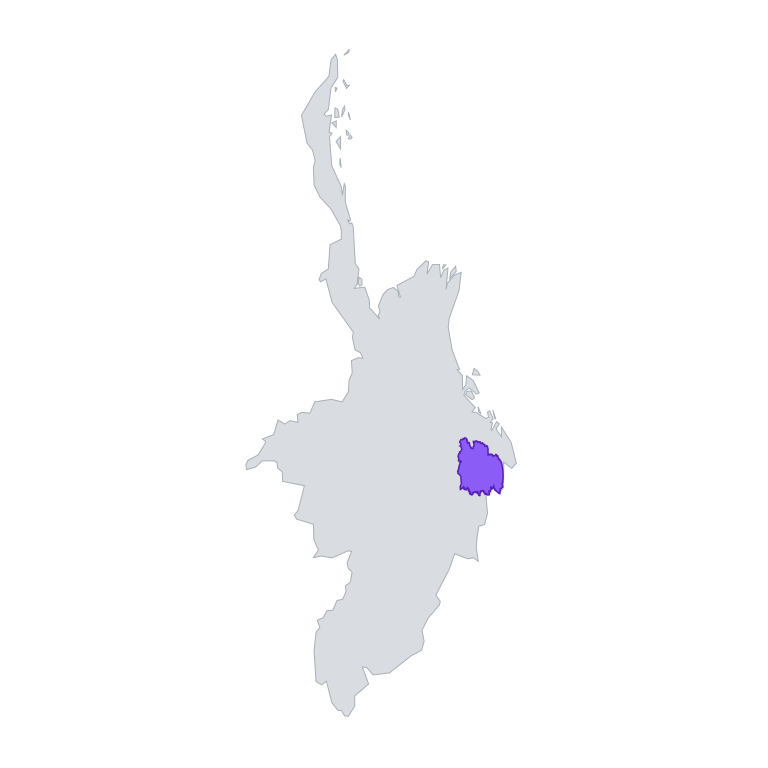 location of Mindat, Chin, Myanmar, rotated 182°
{"feature_id": "60261553B42580025975984", "entity_name": "Mindat", "entity_type": "district", "adm_level": 2, "iso_a3": "MMR", "parent_name": "Myanmar", "parent_adm1": "Chin", "projection": "natural_earth1", "projection_center": [93.412, 21.435], "detail": "fine", "context": "in_parent", "style": "filled", "palette": "violet", "viewbox_px": 768, "rotation_deg": 182, "n_neighbors": 0, "source": "geoboundaries", "source_scale": "gbopen_adm2", "svg_char_len": 9634}
<svg xmlns="http://www.w3.org/2000/svg" viewBox="0 0 768 768"><g transform="rotate(182 384 384)"><path d="M488.7,344.4L481.7,340.5L476.6,344.1L468.7,342.7L469.6,350.3L465.1,352.9L457.1,352.2L452.5,363.8L436.0,366.8L425.2,364.7L419.3,375.0L419.0,386.8L416.1,393.9L417.4,406.2L410.4,409.5L406.1,408.8L408.5,414.4L414.0,416.9L417.3,429.6L416.4,434.5L438.8,463.9L445.7,487.0L451.0,483.9L452.6,486.2L450.5,492.3L443.7,497.0L442.8,521.4L431.7,527.3L432.0,535.4L433.4,541.2L443.4,557.4L454.5,568.5L460.8,580.4L462.1,597.7L460.6,604.9L463.6,615.3L469.3,622.1L475.9,649.5L463.0,673.6L449.8,689.5L448.2,706.3L443.9,711.8L441.9,706.5L440.9,688.9L447.3,677.8L449.2,656.3L453.3,651.7L451.1,649.6L445.9,651.0L447.7,633.6L444.7,632.9L447.1,629.2L443.8,600.2L433.6,579.8L432.2,571.0L430.7,582.9L429.5,580.5L429.1,564.5L423.2,547.0L423.8,545.4L426.5,547.0L424.0,543.0L421.9,543.9L420.2,539.6L416.9,503.3L413.0,498.1L414.4,482.4L417.2,478.5L406.6,480.1L401.5,466.9L401.1,459.6L390.5,448.7L392.3,452.2L390.5,455.8L392.3,461.9L388.0,473.4L383.7,478.6L377.9,480.8L373.3,477.5L372.3,471.4L370.5,471.3L374.6,482.9L357.6,492.8L355.1,499.6L346.3,508.7L343.6,507.5L344.9,495.3L339.8,505.0L332.7,505.3L331.1,492.3L328.2,499.8L324.1,502.2L325.3,480.5L324.2,486.8L317.4,495.4L310.8,498.2L312.2,480.3L321.1,452.0L321.8,442.7L317.0,420.1L309.0,401.1L311.3,400.8L306.0,395.3L305.2,381.2L302.1,386.3L301.7,395.1L294.9,390.5L288.5,378.3L291.1,377.1L298.6,383.0L302.7,379.7L303.8,375.7L292.1,363.7L295.0,358.9L291.2,359.0L281.2,353.2L278.3,354.3L279.6,359.4L277.5,360.8L273.7,353.0L276.5,349.2L274.1,349.1L275.6,342.2L274.7,341.2L270.1,350.3L267.3,348.1L270.3,343.5L269.1,340.9L264.8,335.5L265.2,345.1L254.9,330.0L248.9,309.4L253.5,304.1L261.6,310.2L260.9,284.9L264.3,279.4L272.6,283.9L275.0,277.5L278.2,275.8L276.0,258.3L278.6,247.1L284.2,245.2L285.4,236.1L286.2,223.8L283.5,210.1L288.5,213.4L294.2,212.2L307.5,216.8L312.4,200.9L324.8,174.8L320.2,168.8L320.9,165.1L331.8,151.4L337.4,139.2L334.9,128.2L337.2,119.2L347.1,113.5L368.6,95.4L384.7,92.9L391.3,100.0L395.8,100.6L388.9,83.7L402.4,71.1L402.0,61.1L408.2,50.6L411.8,51.0L415.1,56.1L418.6,56.1L425.0,63.8L431.2,85.0L435.7,81.2L441.6,84.2L444.6,115.6L443.2,133.9L439.6,138.1L442.5,145.6L436.8,148.2L433.0,155.5L427.3,156.0L423.4,166.0L417.7,167.5L414.7,175.3L415.4,181.2L410.8,184.6L409.3,194.8L413.4,198.8L414.7,204.2L410.5,215.6L414.2,216.0L429.9,208.4L441.0,209.9L448.5,208.0L443.8,215.8L448.6,225.9L449.7,241.4L466.4,245.8L469.1,249.7L465.5,254.5L460.0,279.6L481.9,283.1L482.7,292.7L487.4,296.2L488.1,301.6L491.0,303.3L502.8,303.0L509.6,296.4L518.5,293.6L519.1,299.1L517.1,303.1L507.4,308.7L500.9,320.2L500.5,322.7L503.6,324.9L492.4,329.6L488.7,344.4ZM295.2,371.5L302.2,376.2L300.9,379.6L296.5,379.9L293.1,373.8L295.2,371.5ZM435.8,617.5L440.4,624.8L436.0,629.7L435.8,617.5ZM294.5,402.8L290.8,400.1L288.4,396.2L296.1,396.3L294.5,402.8ZM442.5,648.6L442.7,658.2L439.8,657.1L438.0,649.1L442.5,648.6ZM321.2,498.1L316.5,504.2L315.8,499.0L322.2,491.5L321.2,498.1ZM412.7,489.8L409.8,487.9L409.4,482.3L411.6,480.8L413.4,483.5L412.7,489.8ZM433.3,660.3L432.6,657.1L435.6,649.4L435.2,656.2L433.3,660.3ZM431.7,678.1L435.6,685.2L434.9,686.7L431.3,681.0L429.0,681.4L431.7,678.1ZM445.1,643.2L440.9,645.3L440.7,638.7L445.1,643.2ZM435.6,711.2L430.3,717.4L431.0,714.0L435.6,711.2ZM272.4,354.1L274.3,361.8L271.0,352.6L272.4,354.1ZM435.9,602.4L435.7,608.3L434.3,598.8L435.9,602.4ZM288.5,359.6L289.1,364.5L286.1,357.5L288.5,359.6ZM430.6,636.3L427.5,633.4L428.6,631.3L430.1,631.7L430.6,636.3ZM428.4,627.8L426.4,631.7L424.5,629.3L426.1,627.6L428.4,627.8ZM428.9,651.2L429.0,654.6L426.8,646.7L428.9,651.2ZM328.5,505.3L326.3,505.1L329.2,501.2L329.5,502.7L328.5,505.3ZM443.2,678.7L441.2,678.1L442.7,674.3L443.2,678.7Z" fill="#d9dde1" stroke="#a8b0b8" stroke-width="1"/><path d="M278.4,277.4L278.1,277.8L277.4,277.8L277.0,276.9L276.5,277.0L276.3,276.9L275.7,276.8L275.0,276.9L274.8,277.1L274.9,277.4L275.1,277.9L274.8,278.8L275.2,279.6L275.4,280.6L274.3,280.5L273.8,280.3L273.8,280.5L274.0,280.8L273.8,281.2L273.9,281.6L273.7,281.7L273.5,282.6L273.8,283.4L273.8,284.5L273.6,284.8L273.0,284.7L273.0,284.2L272.7,283.7L272.4,282.9L272.2,282.9L271.9,283.4L271.6,283.6L271.7,283.9L271.5,284.2L271.3,284.3L271.2,284.7L271.0,284.9L271.1,285.3L270.8,286.2L270.7,286.0L270.7,285.3L270.4,283.6L270.1,283.6L269.8,283.2L269.6,283.1L269.6,282.5L269.7,282.1L269.6,281.9L269.2,281.7L268.9,281.8L268.8,281.6L268.6,281.4L268.2,281.4L268.2,281.0L267.9,280.7L267.0,280.2L266.3,279.5L265.7,279.3L265.5,278.7L265.0,278.8L264.9,278.6L264.7,278.7L264.6,278.9L264.5,279.2L264.4,279.1L264.4,281.5L264.3,280.3L264.1,280.4L264.2,282.6L264.1,283.6L263.8,283.7L263.2,283.5L262.6,284.6L261.8,285.1L262.0,285.7L262.0,286.0L262.0,286.6L262.2,286.9L262.6,288.6L262.6,289.0L262.2,289.1L262.0,289.5L262.1,290.1L262.2,290.4L261.9,290.6L261.9,292.3L261.7,294.8L261.8,295.2L261.7,296.6L261.9,297.6L261.9,298.7L262.1,300.0L262.2,301.5L262.4,302.4L262.3,302.8L262.4,303.3L262.8,304.6L262.9,305.6L263.1,306.1L263.2,307.1L263.3,307.5L263.5,308.5L264.0,309.3L264.0,309.7L264.2,309.8L264.4,310.7L264.9,310.8L265.2,311.6L265.4,311.7L265.7,312.8L266.1,313.0L266.2,312.5L266.5,312.5L266.7,313.0L267.1,313.1L267.1,314.2L267.6,314.8L267.5,315.4L267.9,316.3L268.0,316.5L268.8,316.5L268.9,316.1L269.2,316.4L269.1,316.7L269.3,317.3L269.6,317.3L269.7,317.5L269.8,317.5L269.8,317.1L270.9,316.2L271.2,315.8L271.4,315.8L271.8,316.2L272.0,315.9L272.4,316.0L272.6,315.8L272.7,316.2L273.2,316.4L273.3,317.1L273.5,317.0L273.8,317.4L274.7,317.1L275.1,317.7L275.6,317.4L276.0,317.4L276.0,316.9L276.9,317.0L277.4,316.7L277.6,316.7L277.6,317.2L277.4,317.4L277.3,317.9L277.7,319.0L277.6,319.5L277.8,319.8L277.7,320.3L277.9,320.5L277.9,321.0L277.7,321.3L277.6,321.7L277.7,322.0L277.7,322.4L278.0,323.1L277.9,323.4L278.1,323.6L278.2,324.0L278.4,324.2L278.3,324.8L278.5,325.5L279.1,325.9L279.4,325.8L279.9,325.2L280.3,325.4L280.7,325.8L281.3,325.5L281.3,325.8L281.1,326.0L281.0,326.7L281.4,326.9L282.0,327.4L282.3,327.3L282.6,327.4L282.8,327.3L283.0,327.4L283.2,327.7L283.2,328.0L283.3,328.5L283.6,328.6L283.8,328.2L284.0,328.1L284.4,328.4L284.9,328.3L285.4,328.1L285.6,328.5L285.7,329.4L285.9,329.5L286.4,329.1L286.6,329.4L286.8,329.4L286.8,329.2L287.2,329.2L287.5,329.7L287.9,329.5L288.0,329.1L288.3,329.1L288.6,329.2L288.6,329.5L288.8,329.5L288.9,329.9L289.3,330.3L290.3,330.2L290.3,329.9L290.6,329.4L291.6,329.8L292.7,329.8L292.7,329.4L292.5,329.1L292.6,328.8L292.4,328.2L292.2,328.2L292.2,327.8L291.8,327.7L291.8,327.4L291.9,326.7L292.0,326.4L292.0,326.0L291.7,325.4L291.9,325.2L292.2,325.1L292.6,324.7L292.6,323.2L292.7,322.8L293.0,322.6L293.8,322.6L293.9,322.8L294.6,322.8L294.6,323.3L294.9,323.4L295.0,323.7L295.0,323.9L295.4,324.3L295.4,324.6L295.8,324.9L296.1,325.5L296.2,326.7L296.3,327.0L296.6,327.1L296.8,327.8L296.7,328.3L297.0,328.3L298.0,327.8L298.5,328.0L298.6,328.4L298.5,328.9L298.7,329.0L298.6,329.5L298.9,329.4L299.1,329.7L299.3,330.2L299.0,330.8L299.0,331.1L299.8,332.0L299.7,332.4L300.4,332.7L300.7,332.7L300.8,332.5L301.2,332.4L301.4,332.5L301.5,332.8L301.8,332.5L301.8,332.2L301.8,332.3L302.1,332.0L302.4,332.2L302.6,332.2L302.4,331.9L302.6,331.8L303.2,331.8L303.4,331.6L303.3,331.4L303.5,331.3L304.1,331.2L304.4,331.2L304.9,331.0L305.2,331.1L306.4,328.7L306.2,328.3L305.4,327.3L305.1,326.8L305.0,326.1L305.3,325.5L305.8,325.0L305.6,325.0L305.2,324.5L305.1,324.0L304.7,323.9L304.3,322.7L304.2,321.9L303.9,321.3L305.1,319.4L306.1,318.7L305.4,317.8L305.4,317.5L306.4,317.3L306.7,316.9L306.8,316.3L307.2,315.9L307.4,313.9L307.1,313.7L307.0,312.7L306.6,312.3L306.8,310.4L306.9,310.1L306.6,309.9L305.4,309.7L304.9,309.9L304.5,309.8L304.0,309.2L304.4,308.7L304.6,308.7L304.8,308.3L305.2,307.9L305.5,308.0L305.2,307.4L305.2,307.2L305.8,305.8L306.2,303.9L306.4,303.4L306.3,302.8L306.1,302.7L306.5,301.9L306.5,301.6L306.8,301.0L306.6,300.3L306.7,299.9L307.0,299.7L307.3,299.4L307.4,299.2L307.3,298.8L306.9,298.3L306.8,297.3L306.9,297.1L305.0,295.8L304.0,294.1L303.2,286.8L304.3,284.2L304.0,281.2L303.7,281.2L303.3,282.0L303.0,282.0L302.9,282.1L302.9,282.4L302.4,282.7L301.7,282.8L301.4,282.5L301.0,283.9L300.6,283.6L300.1,283.2L300.1,282.4L300.2,282.1L300.0,281.7L299.8,281.9L299.7,281.8L299.7,281.4L298.8,281.4L298.5,281.8L298.3,281.5L298.3,281.1L298.2,281.0L297.8,281.4L297.8,281.9L297.7,282.4L297.4,282.1L297.3,281.7L296.5,282.2L296.4,282.4L296.4,283.0L296.3,282.9L295.9,282.7L295.8,282.0L295.3,281.6L295.3,281.4L295.7,281.0L296.0,280.5L295.8,279.9L295.6,279.6L294.7,279.8L294.1,279.6L293.9,278.7L294.4,278.4L294.4,278.2L294.8,278.0L294.8,277.9L294.6,277.5L294.1,277.0L293.9,276.6L293.5,276.6L293.1,277.0L292.9,277.0L292.2,276.2L292.1,276.3L291.9,276.7L291.4,277.0L291.2,277.3L291.4,277.7L291.8,277.8L291.8,278.1L291.4,278.3L291.3,278.6L291.1,278.6L290.9,278.9L290.1,278.8L289.8,278.7L289.5,278.7L289.6,279.0L289.4,279.4L288.9,279.5L288.9,279.2L288.0,278.9L287.5,278.5L287.4,278.6L287.6,278.8L287.6,279.0L287.4,278.9L287.1,279.0L287.0,279.7L286.6,279.8L286.5,279.7L286.6,279.4L286.3,279.1L286.6,278.9L286.4,278.7L286.4,278.2L286.6,278.1L286.3,277.8L286.2,277.5L285.3,276.5L285.4,276.1L285.0,275.9L284.7,276.1L284.3,275.8L284.2,275.9L284.4,276.3L284.3,276.7L284.5,276.9L284.2,277.4L284.4,277.6L284.2,277.9L284.3,278.1L283.9,278.8L283.9,279.0L283.7,279.1L284.1,279.6L284.0,280.0L283.7,279.9L283.5,280.3L283.3,280.0L283.1,280.0L282.9,280.4L282.5,280.2L281.9,280.3L281.9,280.5L282.1,280.7L282.1,280.8L281.9,280.9L281.6,280.8L281.2,281.0L281.1,280.9L280.7,280.8L280.7,280.4L280.4,280.0L280.6,279.5L280.3,278.8L279.9,278.7L279.4,278.9L279.4,278.7L279.7,278.4L279.2,278.1L279.2,277.6L278.9,277.7L279.0,277.5L278.9,277.3L278.4,277.4Z" fill="#8b5cf6" stroke="#5b21b6" stroke-width="1.5"/></g></svg>